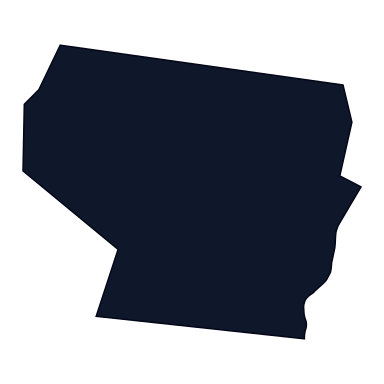 outline of Enfield
{"feature_id": "GBR-2067", "entity_name": "Enfield", "entity_type": "London Borough", "adm_level": 1, "iso_a3": "GBR", "parent_name": "United Kingdom", "parent_adm1": "", "projection": "albers", "projection_center": [-0.041, 51.645], "detail": "fine", "context": "isolated", "style": "filled", "palette": "ink", "viewbox_px": 384, "rotation_deg": 0, "n_neighbors": 0, "source": "natural_earth", "source_scale": "10m", "svg_char_len": 674}
<svg xmlns="http://www.w3.org/2000/svg" viewBox="0 0 384 384"><path d="M60.2,45.2L343.0,85.0L351.9,122.2L339.8,175.9L361.0,186.9L340.7,221.2L338.6,224.8L337.8,226.4L336.4,230.4L335.9,232.6L335.5,237.1L335.2,243.6L334.8,247.8L332.2,260.2L331.7,262.1L331.2,268.4L330.8,270.5L330.4,272.4L327.0,278.9L325.8,280.7L322.7,283.9L315.1,290.7L313.4,292.6L309.5,295.3L307.8,296.8L306.4,298.4L305.2,300.1L304.7,301.5L303.9,304.3L303.6,306.3L304.0,313.8L304.7,317.4L306.1,321.4L306.4,323.4L306.4,325.6L306.1,327.7L305.1,331.2L304.7,333.5L304.4,335.8L304.4,338.8L96.2,316.3L118.1,249.4L23.0,170.9L24.3,104.3L38.9,89.6L60.2,45.2Z" fill="#0f172a" stroke="#020617" stroke-width="1.5"/></svg>